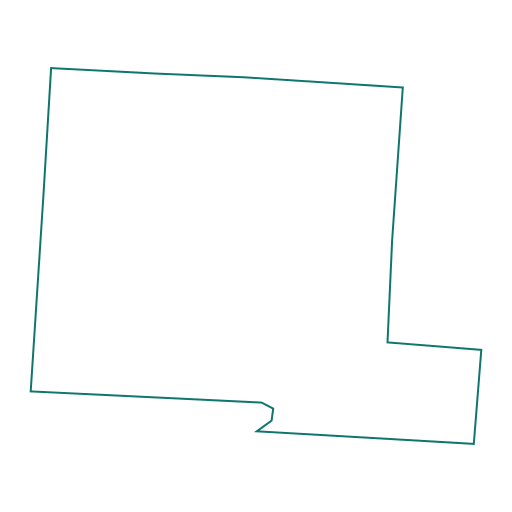 Pickaway, Ohio, United States of America (Albers equal-area conic projection)
{"feature_id": "52423323B28425501128806", "entity_name": "Pickaway", "entity_type": "district", "adm_level": 2, "iso_a3": "USA", "parent_name": "United States of America", "parent_adm1": "Ohio", "projection": "albers", "projection_center": [-82.977, 39.64], "detail": "fine", "context": "isolated", "style": "outline", "palette": "teal", "viewbox_px": 512, "rotation_deg": 0, "n_neighbors": 0, "source": "geoboundaries", "source_scale": "gbopen_adm2", "svg_char_len": 299}
<svg xmlns="http://www.w3.org/2000/svg" viewBox="0 0 512 512"><path d="M402.8,87.5L244.4,77.3L154.5,73.5L51.1,68.1L43.4,195.9L30.7,391.4L261.6,402.6L273.2,408.6L271.6,420.6L256.8,431.3L473.8,443.9L481.3,349.9L387.5,342.4L392.1,240.7L402.8,87.5Z" fill="none" stroke="#0f766e" stroke-width="2"/></svg>